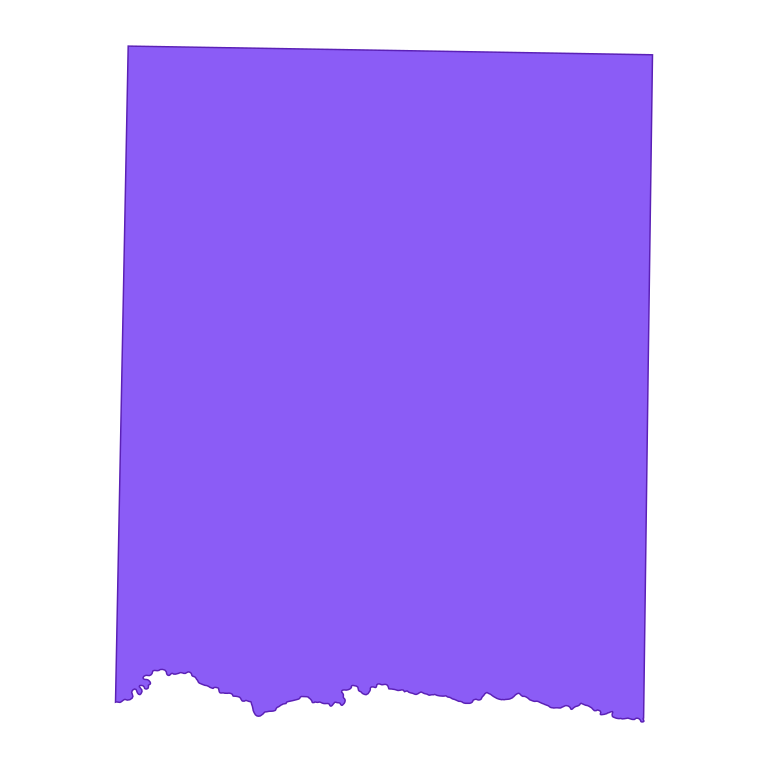 the district of Lihuel Calel, La Pampa, Argentina
{"feature_id": "61730980B18005946349792", "entity_name": "Lihuel Calel", "entity_type": "district", "adm_level": 2, "iso_a3": "ARG", "parent_name": "Argentina", "parent_adm1": "La Pampa", "projection": "natural_earth1", "projection_center": [-65.125, -38.278], "detail": "fine", "context": "isolated", "style": "filled", "palette": "violet", "viewbox_px": 768, "rotation_deg": 0, "n_neighbors": 0, "source": "geoboundaries", "source_scale": "gbopen_adm2", "svg_char_len": 6130}
<svg xmlns="http://www.w3.org/2000/svg" viewBox="0 0 768 768"><path d="M648.2,366.0L652.5,54.8L128.2,46.1L115.5,702.2L116.4,701.9L120.0,702.4L121.4,701.7L123.4,700.1L124.4,699.5L125.5,699.5L127.2,700.1L129.9,699.7L132.1,698.2L132.9,696.4L132.2,693.8L131.7,692.5L132.2,690.7L133.3,689.6L134.6,689.0L136.1,689.5L137.4,692.8L138.5,694.2L139.9,694.6L141.0,693.7L142.0,691.6L141.8,689.8L140.8,688.6L139.9,687.3L139.3,686.8L139.4,686.1L139.7,685.6L140.8,685.4L141.8,685.5L143.0,685.8L143.9,686.6L144.4,687.6L144.6,688.4L145.4,688.9L146.7,689.0L148.0,688.3L148.5,686.9L148.4,685.9L148.4,685.2L149.3,684.7L150.1,684.2L150.5,683.3L150.3,682.4L149.9,681.7L149.0,680.7L147.8,679.8L146.4,679.5L144.6,679.4L143.3,678.7L143.1,677.5L143.9,676.3L145.4,675.5L146.8,675.3L147.9,675.5L149.4,675.6L150.9,674.9L151.8,673.9L152.2,673.2L152.4,672.2L152.9,671.0L153.6,670.6L154.6,670.4L157.3,670.7L159.0,670.4L159.5,669.9L160.6,669.5L162.5,669.4L164.9,670.1L166.3,671.8L166.7,673.9L167.5,675.0L168.5,675.4L169.5,675.3L170.5,674.4L171.4,673.5L172.6,673.4L173.7,674.1L175.7,674.1L178.7,673.3L180.0,672.7L180.9,672.6L182.4,672.9L183.9,673.4L185.3,673.4L187.5,672.2L188.3,671.9L189.8,672.2L191.3,673.4L191.7,674.7L192.0,675.6L192.6,676.1L193.7,676.5L194.6,676.8L195.4,677.4L196.1,678.4L196.7,679.5L197.4,680.1L197.7,680.7L198.4,682.2L199.3,683.1L202.4,684.4L204.8,685.3L206.8,685.6L208.6,686.4L210.1,687.4L212.6,688.3L213.2,688.3L213.9,687.6L214.9,687.4L216.0,687.4L217.9,687.9L218.4,688.2L218.6,688.6L218.7,689.6L219.1,690.7L219.2,691.6L219.8,692.6L220.7,693.0L221.8,693.0L223.1,692.8L224.5,693.2L227.2,693.3L229.1,693.1L231.0,693.5L232.4,694.4L232.7,695.3L233.2,696.1L236.1,696.3L237.8,696.6L239.6,697.2L240.6,698.3L240.9,699.0L241.5,700.0L242.3,701.0L243.1,701.1L244.4,701.1L244.8,700.9L245.6,700.5L246.4,700.5L249.2,701.5L250.8,701.7L251.2,702.5L251.6,704.2L252.3,706.0L252.9,708.7L253.2,710.5L254.1,712.6L255.4,714.8L256.9,715.9L258.3,716.2L260.1,716.0L261.2,715.3L262.4,714.4L263.0,714.0L264.4,712.4L265.2,711.9L266.6,711.8L269.1,711.3L271.9,711.2L273.5,711.0L274.3,710.7L274.8,710.6L275.2,710.4L275.6,710.0L275.8,709.5L276.1,708.8L276.3,708.3L276.8,707.8L277.2,707.3L277.6,707.1L277.9,707.1L278.7,706.7L279.3,706.3L281.3,704.9L282.1,704.6L283.1,704.0L286.0,703.5L286.2,703.1L286.2,702.9L286.9,702.0L288.1,701.6L292.8,700.6L297.5,699.4L298.8,699.0L299.7,698.3L300.3,697.1L301.5,696.5L306.8,696.7L308.1,697.0L308.3,697.3L309.0,697.8L309.3,698.3L309.8,698.5L310.4,699.1L310.9,699.6L311.9,701.1L312.1,702.1L312.6,702.6L314.0,702.6L314.9,702.0L315.7,702.1L317.3,702.4L318.3,702.3L319.3,702.0L320.6,702.3L322.0,703.0L323.2,703.4L324.2,703.6L327.6,703.5L328.4,703.6L329.2,704.1L329.9,705.5L330.4,706.0L331.1,706.1L332.1,705.5L332.5,705.0L333.6,703.6L334.8,702.3L336.0,702.2L336.8,702.6L337.6,702.7L339.1,702.8L339.9,703.2L340.2,703.4L340.6,704.4L341.1,704.9L341.5,705.2L341.9,705.3L342.3,705.2L343.0,704.6L344.2,703.3L344.6,702.6L344.9,701.9L345.1,700.9L345.1,700.0L344.7,699.0L343.8,698.1L343.3,697.2L343.4,695.4L343.3,694.3L342.4,692.9L341.7,692.3L341.7,692.0L341.8,691.0L342.1,690.5L342.5,690.2L344.0,689.9L346.2,690.1L347.3,689.9L348.5,689.6L349.6,689.1L350.3,688.7L350.8,688.2L351.4,687.4L351.3,686.6L351.8,685.7L352.9,685.4L356.4,686.1L357.8,687.1L358.6,690.5L359.6,691.3L360.6,691.6L361.3,692.2L362.2,693.2L363.1,693.8L364.9,694.5L366.1,694.7L368.1,693.6L370.0,690.7L370.3,689.6L370.3,688.2L370.7,687.5L371.6,686.9L373.3,686.9L374.7,687.4L375.6,687.5L376.1,687.2L376.6,686.0L376.9,684.7L377.9,684.0L379.3,683.9L381.6,684.7L382.7,684.7L384.4,684.4L385.9,684.4L387.1,685.0L387.9,686.0L388.4,687.3L388.7,688.4L389.0,688.9L391.5,689.0L394.8,689.5L398.0,690.5L400.5,690.2L401.4,689.9L402.2,689.9L403.4,690.2L403.9,690.9L404.5,691.7L406.6,691.0L407.5,691.1L408.8,692.2L410.4,692.8L412.6,693.3L415.1,694.3L416.3,694.4L417.8,693.8L419.2,692.9L420.7,692.1L421.5,692.1L424.2,693.5L427.2,694.2L428.5,695.0L429.7,695.2L430.8,694.9L432.2,694.7L433.3,694.8L434.8,694.4L437.1,695.4L439.7,695.9L442.3,696.1L444.0,696.1L445.6,695.8L446.5,696.1L447.4,696.9L450.2,697.5L451.3,698.2L452.5,698.9L454.7,699.5L458.7,701.3L460.7,701.4L461.4,701.7L462.2,702.0L462.7,702.4L463.6,702.9L464.4,703.1L465.4,703.3L466.9,703.3L467.9,703.3L469.7,703.3L470.5,703.1L471.2,702.8L472.1,702.2L472.5,701.7L473.3,700.1L473.9,699.8L475.1,699.4L476.0,699.2L477.1,699.6L477.6,699.8L478.4,700.0L479.1,700.0L480.5,699.6L481.4,698.8L481.7,697.8L482.5,696.6L483.2,696.0L484.2,694.8L484.8,693.8L485.6,693.3L486.0,692.9L487.0,692.5L488.5,693.4L490.6,694.3L492.1,695.5L493.5,696.5L496.9,698.4L499.2,699.2L501.8,699.7L502.5,699.5L504.0,699.7L504.9,699.6L505.6,699.4L506.4,699.4L508.5,699.2L509.7,699.0L510.6,698.6L512.6,697.7L512.9,697.2L513.7,696.7L515.3,695.0L516.7,694.0L518.2,693.3L519.4,693.5L520.3,694.4L521.3,695.5L522.6,696.3L524.8,696.4L526.4,697.1L528.3,698.4L529.6,699.7L532.7,700.9L533.7,701.2L534.7,701.4L536.8,701.2L538.2,701.5L540.2,702.5L542.4,703.5L543.4,703.8L544.6,704.4L548.4,705.8L550.1,707.2L551.1,707.6L552.5,707.8L553.0,707.8L553.5,708.0L555.0,707.9L555.7,707.8L557.6,707.8L558.3,707.9L560.2,708.0L560.9,707.8L562.1,707.1L562.5,707.0L565.3,705.7L566.4,705.6L568.2,706.0L569.0,706.5L570.2,707.5L570.7,708.9L571.5,709.3L572.4,709.0L573.5,707.9L574.6,707.1L575.9,706.4L577.0,706.2L578.3,705.7L579.6,704.9L580.4,703.6L581.1,703.3L585.5,705.2L587.6,705.6L589.1,706.3L589.7,706.7L591.0,707.5L591.4,707.6L592.8,709.2L594.3,710.6L594.9,710.7L596.3,710.6L597.2,710.0L598.3,710.2L599.4,710.6L600.3,711.2L600.5,711.7L600.8,712.6L600.4,713.5L600.3,714.1L600.5,714.5L601.5,714.7L604.4,714.3L606.0,713.8L606.7,713.7L607.5,713.0L608.9,712.7L610.6,711.9L611.6,711.7L612.4,711.6L612.7,712.1L612.7,712.8L612.1,714.1L612.2,715.4L612.5,716.5L613.4,717.1L616.2,718.2L618.5,718.6L619.9,718.6L620.7,718.4L621.4,718.6L622.1,718.9L624.5,718.7L627.9,718.1L632.1,719.4L634.2,719.5L635.1,719.0L636.0,718.3L637.4,718.2L638.5,718.5L639.5,719.1L640.0,719.7L640.5,720.3L640.7,721.1L641.0,721.6L641.6,721.9L643.0,721.9L643.4,721.6L643.8,721.4L643.8,720.9L643.8,720.6L643.6,720.0L643.3,719.4L643.2,718.9L643.2,718.4L643.4,718.0L643.6,718.0L648.2,366.0Z" fill="#8b5cf6" stroke="#5b21b6" stroke-width="1.5"/></svg>